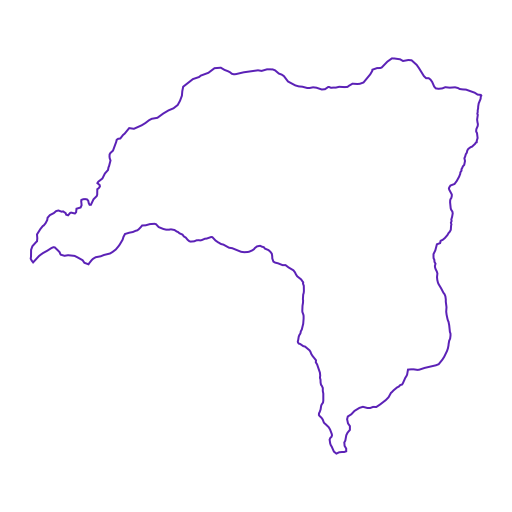 Khaling, Tashigang, Bhutan (Equal Earth projection)
{"feature_id": "84629894B48519884864464", "entity_name": "Khaling", "entity_type": "district", "adm_level": 2, "iso_a3": "BTN", "parent_name": "Bhutan", "parent_adm1": "Tashigang", "projection": "equal_earth", "projection_center": [91.565, 27.177], "detail": "fine", "context": "isolated", "style": "outline", "palette": "violet", "viewbox_px": 512, "rotation_deg": 0, "n_neighbors": 0, "source": "geoboundaries", "source_scale": "gbopen_adm2", "svg_char_len": 5969}
<svg xmlns="http://www.w3.org/2000/svg" viewBox="0 0 512 512"><path d="M208.4,72.8L200.8,75.6L199.1,77.0L192.9,79.1L183.2,86.7L182.3,91.1L181.9,95.7L180.0,100.8L177.7,105.0L173.5,108.3L168.5,110.4L163.3,113.5L157.4,117.8L151.7,118.8L149.1,120.2L145.3,123.1L141.7,125.3L133.9,128.8L129.2,128.1L124.6,133.7L123.1,134.9L120.3,138.5L118.1,138.8L116.7,139.8L116.2,141.9L113.0,150.6L110.4,153.0L109.6,154.4L109.5,156.6L109.7,158.2L110.5,160.5L109.0,166.3L108.5,167.3L108.0,170.0L104.9,173.5L102.4,178.5L98.3,181.7L97.4,183.1L99.7,185.1L99.9,186.5L98.7,188.2L97.3,189.2L97.2,194.7L96.7,196.1L93.5,199.3L90.9,204.8L89.6,204.8L88.8,203.3L88.2,200.7L87.0,199.4L85.4,199.1L83.3,199.2L81.4,199.9L81.2,201.1L81.6,205.2L80.6,207.5L76.5,208.7L76.1,212.2L74.9,213.5L71.1,212.6L70.1,213.0L68.1,215.3L66.2,214.7L65.6,213.1L63.1,211.4L61.7,211.7L58.4,210.5L56.1,211.1L53.8,213.1L49.9,215.1L47.6,217.7L47.2,220.1L45.5,223.3L43.7,225.5L42.8,226.0L40.4,229.0L37.0,234.4L37.3,238.3L37.0,241.3L36.0,242.2L32.4,246.2L31.1,249.8L31.0,256.7L30.7,258.7L31.7,260.6L33.1,262.4L39.0,256.0L40.8,254.6L43.1,253.0L47.3,250.7L51.5,248.0L53.4,247.2L54.8,247.4L58.3,250.8L59.7,252.3L60.2,253.8L60.8,254.7L64.5,255.8L68.1,255.2L74.6,255.9L77.4,257.3L82.6,260.2L84.4,262.8L88.5,264.3L89.3,263.1L91.7,260.1L92.8,259.0L94.5,257.9L95.8,257.2L100.7,256.3L103.9,255.0L110.0,253.5L112.5,252.0L115.8,249.5L118.4,246.4L119.7,244.6L122.6,239.7L123.5,236.8L125.0,234.0L129.3,232.7L132.9,232.0L135.6,230.8L137.2,230.4L138.6,229.4L140.9,227.0L142.1,225.5L145.7,225.3L149.9,224.1L154.5,223.8L156.0,224.2L158.7,227.1L163.4,229.0L166.3,229.7L169.2,229.7L170.1,229.4L171.3,229.4L174.5,230.0L176.7,231.5L178.0,232.0L179.5,233.3L182.5,234.6L183.8,236.4L185.8,237.6L187.6,239.8L189.3,241.2L190.6,241.6L194.2,241.3L196.6,240.3L198.8,240.2L200.3,240.4L201.7,240.1L205.0,238.7L206.6,238.6L211.2,237.0L212.4,237.2L215.5,240.5L218.2,242.4L219.6,243.1L220.2,243.6L221.3,244.1L223.4,244.6L229.0,247.7L232.2,248.2L241.1,251.8L244.3,252.2L247.7,252.0L249.2,251.7L252.2,250.4L254.0,249.2L254.8,248.1L257.0,246.4L259.5,245.9L260.4,245.9L261.7,246.6L263.8,247.2L264.9,248.6L268.5,250.1L270.4,251.8L271.8,253.7L272.2,256.1L272.3,258.5L273.4,261.6L275.1,262.6L278.0,263.3L282.5,265.1L285.5,265.1L288.5,267.4L293.4,270.3L295.0,272.4L295.9,274.3L297.2,276.3L301.1,279.4L303.2,282.4L303.0,283.6L303.8,285.8L303.9,291.0L303.7,292.9L303.2,294.6L302.9,299.3L303.1,300.3L303.0,302.8L302.5,305.8L302.3,310.8L302.4,312.0L303.4,314.8L303.6,316.0L303.6,318.7L303.2,323.8L301.8,329.5L300.8,331.3L300.5,333.1L299.9,334.3L299.3,335.1L298.7,336.8L298.2,339.9L297.8,341.5L298.0,342.5L298.8,343.6L300.2,344.0L303.2,346.1L305.1,346.6L309.5,350.3L310.4,351.7L311.3,354.0L312.5,355.9L316.0,360.3L315.8,362.3L317.1,364.4L319.9,372.6L320.2,375.6L320.0,377.1L320.0,378.0L320.5,379.7L320.6,382.6L321.0,384.7L321.8,385.8L322.8,388.0L322.8,391.0L323.3,393.6L323.3,400.7L323.0,402.6L321.8,404.3L321.3,405.3L321.1,406.1L320.6,409.4L319.7,412.0L319.0,413.3L318.9,415.0L319.5,415.9L321.5,417.8L322.7,419.5L323.8,422.4L324.3,423.1L325.6,424.2L328.7,427.2L330.1,429.6L331.8,434.1L332.0,435.3L331.5,436.8L330.4,437.8L329.6,439.6L330.2,443.5L330.8,445.2L331.7,446.6L333.9,451.6L336.4,453.6L339.1,452.3L342.0,452.0L344.2,452.0L346.2,451.3L346.2,448.6L344.6,445.9L344.3,442.5L345.3,440.6L346.3,435.2L347.6,432.6L349.9,429.9L349.9,426.1L348.0,423.4L347.1,419.2L347.8,416.5L351.3,414.3L354.5,410.9L359.4,407.9L362.9,406.8L367.4,408.0L370.2,408.0L373.1,406.9L376.3,407.0L380.2,404.4L386.0,399.9L388.6,397.2L391.0,392.8L391.7,392.3L393.6,390.3L397.1,387.4L398.8,386.6L400.2,385.1L402.1,384.5L402.9,383.2L405.3,377.8L406.3,376.3L407.1,374.7L408.0,369.6L411.5,369.3L413.5,369.3L417.5,369.9L419.2,369.7L424.7,367.9L435.9,365.3L438.7,364.2L442.4,359.6L444.2,356.8L447.0,351.0L447.9,348.4L448.5,345.4L448.6,344.1L449.2,340.7L450.1,338.7L450.5,335.7L450.5,333.7L449.9,331.9L449.2,325.3L448.5,321.7L448.0,320.7L447.5,319.0L446.6,314.8L446.2,311.7L446.5,307.2L445.8,301.8L445.8,299.4L445.4,296.4L444.6,294.3L443.4,292.7L441.1,288.3L438.7,284.3L438.0,282.8L437.3,280.0L437.0,277.1L437.4,273.5L436.8,271.5L435.7,269.3L435.1,267.6L434.9,266.0L435.5,263.7L434.5,261.9L434.3,259.7L433.6,258.3L433.5,256.9L433.5,254.1L435.3,250.4L436.9,244.3L440.1,243.1L440.4,242.1L440.4,241.2L441.3,240.4L442.5,240.0L444.8,238.1L447.4,235.1L448.6,233.0L449.8,231.7L450.8,229.8L451.1,225.5L451.4,224.4L450.9,222.8L451.6,221.0L451.3,219.5L452.1,216.8L452.7,213.4L452.4,211.6L451.1,209.6L450.7,208.3L450.1,202.4L450.2,200.1L450.6,199.0L451.3,198.0L451.8,196.0L451.8,194.5L449.3,189.8L448.9,188.6L449.2,187.5L450.5,185.5L454.5,184.0L456.8,180.9L459.1,176.7L460.2,173.9L460.4,172.3L461.5,170.7L461.5,169.2L462.2,168.0L462.9,166.3L464.2,164.9L465.0,161.0L464.4,158.2L465.1,156.7L465.8,154.2L466.8,152.7L467.3,150.5L468.3,148.9L470.7,147.1L471.8,146.8L472.4,146.3L475.1,143.8L475.8,142.6L476.7,142.3L476.8,140.6L477.6,138.0L477.0,133.1L476.2,131.6L476.2,130.3L476.4,129.0L477.7,126.0L477.9,124.1L477.5,122.4L477.1,119.6L477.8,114.8L477.3,113.8L477.7,112.1L477.7,110.3L478.1,108.4L478.2,106.4L478.7,103.4L480.6,98.8L480.8,96.4L481.3,95.7L480.8,94.9L477.6,94.6L474.7,92.7L466.0,89.6L462.5,89.4L459.7,89.0L457.9,88.0L455.0,87.3L449.7,87.7L445.3,87.2L442.3,88.4L438.6,88.8L435.8,88.4L434.2,86.6L432.2,82.0L430.5,79.6L428.7,78.2L426.1,78.2L423.9,76.1L419.0,68.2L416.7,64.9L411.6,60.3L408.4,60.0L403.0,61.0L400.1,59.3L394.5,58.5L391.9,58.4L387.4,61.6L381.7,67.5L380.3,68.0L377.0,68.1L372.4,69.7L372.2,71.0L370.2,74.4L363.5,82.5L359.8,83.8L357.4,84.0L352.5,83.7L348.9,85.8L347.5,86.9L344.7,87.1L339.2,86.8L335.8,87.6L333.3,87.6L331.0,87.8L329.1,87.0L328.2,87.0L325.0,89.2L321.8,89.5L316.4,87.7L313.1,87.3L309.6,88.0L307.2,88.0L302.3,86.7L298.8,86.4L295.3,85.4L288.0,81.5L283.9,76.1L281.7,74.6L278.9,73.6L275.0,70.3L272.6,69.4L267.1,69.3L261.6,70.9L258.0,70.3L243.7,72.3L236.0,74.1L234.0,74.3L231.9,73.8L229.9,72.2L227.9,71.2L224.5,69.9L220.8,67.7L214.5,68.2L208.4,72.8Z" fill="none" stroke="#5b21b6" stroke-width="2"/></svg>